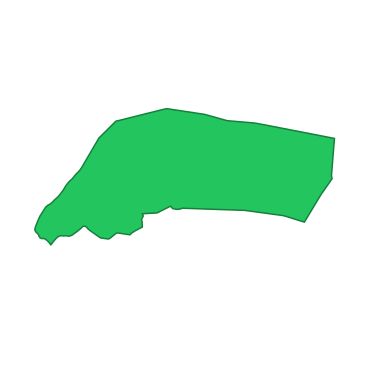 Jardan, Shabwah, Yemen, rotated 129°
{"feature_id": "15242507B34069744154073", "entity_name": "Jardan", "entity_type": "district", "adm_level": 2, "iso_a3": "YEM", "parent_name": "Yemen", "parent_adm1": "Shabwah", "projection": "albers", "projection_center": [46.986, 15.184], "detail": "fine", "context": "isolated", "style": "filled", "palette": "green", "viewbox_px": 384, "rotation_deg": 129, "n_neighbors": 0, "source": "geoboundaries", "source_scale": "gbopen_adm2", "svg_char_len": 1669}
<svg xmlns="http://www.w3.org/2000/svg" viewBox="0 0 384 384"><g transform="rotate(129 192 192)"><path d="M239.5,293.6L240.1,293.5L242.0,293.2L243.9,293.0L245.9,292.9L247.8,293.0L249.7,293.2L251.5,293.4L253.4,293.4L255.5,293.4L257.5,293.4L259.5,293.8L261.3,294.0L263.3,294.1L265.3,294.0L267.3,293.9L269.2,293.6L271.2,293.3L273.2,293.2L275.1,293.1L277.2,293.1L279.2,293.1L281.2,293.3L283.0,293.6L284.9,293.9L286.8,294.0L288.9,294.3L290.8,294.7L292.6,295.6L295.8,296.2L306.4,295.0L312.4,293.4L315.5,292.4L318.3,291.5L320.4,290.3L321.3,288.3L321.5,286.3L321.8,284.5L322.7,282.9L323.3,281.1L322.7,279.3L321.4,278.0L320.9,276.0L320.9,274.0L321.1,272.1L321.5,270.1L321.9,268.5L320.0,268.4L318.1,268.5L316.3,268.5L314.3,268.4L311.8,268.2L310.1,267.5L308.2,266.1L306.9,264.0L305.5,262.7L304.7,261.3L303.9,260.0L302.5,258.8L300.8,258.0L298.9,257.5L297.1,257.0L295.2,256.5L293.4,256.1L291.4,255.7L289.3,255.3L287.3,255.2L286.0,253.8L285.6,251.8L286.1,249.9L286.2,247.5L285.3,234.3L282.0,228.7L281.3,227.5L279.7,226.6L272.8,225.2L271.0,224.6L264.3,213.3L263.5,213.2L261.6,213.0L259.8,212.3L257.9,211.7L256.2,211.0L254.3,210.2L252.5,209.4L250.6,208.5L247.0,211.6L245.1,213.9L241.3,214.8L240.2,216.9L237.7,214.2L230.3,206.0L216.8,199.9L216.6,199.8L216.5,199.5L216.7,199.2L217.0,196.4L215.1,193.0L213.5,191.2L212.1,190.0L211.0,189.7L173.2,139.6L152.8,106.0L144.7,85.7L112.3,90.2L108.6,90.4L93.6,91.5L93.2,91.9L91.5,93.9L83.8,99.2L60.7,115.0L67.4,127.6L98.4,185.8L102.2,191.5L114.4,209.5L123.8,231.2L143.2,264.2L144.0,264.8L147.3,267.4L159.9,276.9L172.3,286.2L180.7,292.5L185.0,295.8L186.5,295.9L208.6,298.3L239.5,293.6Z" fill="#22c55e" stroke="#15803d" stroke-width="1.5"/></g></svg>